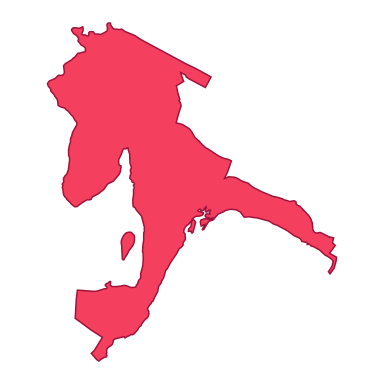 outline of Port Vila, Shefa, Vanuatu
{"feature_id": "77236927B39670792397739", "entity_name": "Port Vila", "entity_type": "district", "adm_level": 2, "iso_a3": "VUT", "parent_name": "Vanuatu", "parent_adm1": "Shefa", "projection": "orthographic", "projection_center": [168.318, -17.732], "detail": "fine", "context": "isolated", "style": "filled", "palette": "rose", "viewbox_px": 384, "rotation_deg": 0, "n_neighbors": 0, "source": "geoboundaries", "source_scale": "gbopen_adm2", "svg_char_len": 5905}
<svg xmlns="http://www.w3.org/2000/svg" viewBox="0 0 384 384"><path d="M113.0,28.3L110.8,25.2L110.4,23.1L108.3,23.0L107.2,24.1L106.9,25.0L107.4,27.5L107.4,30.1L107.1,30.9L105.6,31.9L100.8,34.5L100.0,34.5L98.8,34.0L94.9,34.1L93.3,31.8L90.0,31.6L88.8,32.5L88.8,34.9L88.3,35.9L87.9,36.0L86.8,35.9L85.2,34.9L83.4,35.0L82.3,34.8L81.8,34.3L81.9,33.1L83.0,31.0L83.1,28.1L82.7,26.8L79.4,28.3L75.8,27.8L73.1,27.9L71.6,29.4L71.6,30.4L73.6,33.6L76.3,35.3L77.8,37.0L78.5,38.2L78.5,39.5L78.0,40.8L78.3,41.6L79.4,42.5L80.9,44.8L83.8,46.5L85.2,48.0L85.4,48.8L85.3,51.7L81.4,52.5L80.6,53.1L79.2,53.0L77.8,53.4L74.7,57.2L73.0,58.3L71.7,59.8L65.7,63.4L64.2,64.8L63.6,66.0L64.4,72.2L63.8,73.9L62.8,75.2L61.3,75.4L59.0,75.2L57.8,75.7L56.5,77.3L54.7,78.7L49.4,80.9L47.7,83.1L47.5,84.3L48.6,86.6L50.6,88.9L50.8,91.0L54.6,95.4L54.9,96.4L56.9,98.8L57.7,101.3L58.1,105.5L60.9,107.0L64.9,108.2L66.0,109.6L68.3,111.3L71.0,114.7L72.8,116.3L74.7,119.9L76.1,121.5L77.0,123.2L76.8,124.8L72.5,132.5L71.8,135.6L70.5,138.8L70.5,141.8L69.5,144.9L68.5,150.4L68.7,155.5L69.4,157.2L69.6,159.9L68.4,169.6L66.8,174.1L65.3,175.5L63.6,178.0L63.5,180.3L63.8,181.8L62.3,183.9L62.3,184.5L62.9,185.4L62.4,186.9L62.4,188.0L62.9,189.3L63.6,194.8L65.0,197.0L66.4,198.3L66.9,199.5L70.6,203.0L71.2,204.0L74.8,206.8L76.3,206.7L77.2,206.5L80.4,203.9L85.8,200.4L87.2,199.8L89.2,199.9L91.1,199.4L91.8,197.7L92.7,196.7L98.5,193.7L104.1,189.1L107.7,183.9L113.3,181.2L118.5,175.2L119.8,173.1L120.5,170.7L121.1,166.0L119.4,165.2L118.9,164.2L118.6,161.0L118.9,159.2L121.3,154.3L123.2,149.0L123.6,148.6L125.5,148.9L126.8,148.4L127.3,147.7L128.0,147.8L128.4,150.5L129.6,153.9L130.0,163.2L131.3,167.1L131.3,168.3L130.6,169.2L130.3,170.4L130.6,172.3L131.2,172.8L131.2,173.4L130.2,175.4L129.8,178.4L131.4,180.0L132.3,182.3L133.6,182.3L134.3,183.4L134.3,184.2L133.4,185.1L133.5,185.7L134.2,186.9L134.3,188.1L133.5,189.4L133.6,193.6L132.8,200.2L133.0,205.3L133.3,206.7L135.1,207.6L135.7,209.1L137.0,210.8L141.5,216.1L144.4,227.3L144.2,229.4L144.5,231.0L143.7,232.8L143.7,239.9L142.8,245.9L142.5,251.8L143.1,253.2L143.2,259.5L142.9,265.1L140.7,273.7L140.7,278.1L138.7,280.3L137.6,283.4L137.0,284.6L136.3,285.3L136.1,286.5L135.8,286.8L134.4,287.3L131.9,287.5L130.7,287.4L126.3,285.6L123.6,285.4L120.8,286.1L116.4,286.6L111.9,286.5L110.3,285.1L110.7,281.9L110.6,281.6L109.7,281.5L108.6,282.6L106.1,284.0L105.3,284.7L105.4,285.7L107.0,286.8L107.0,288.0L106.6,288.6L104.7,288.7L97.3,291.0L94.6,291.4L77.4,290.1L76.3,299.1L75.2,318.3L91.2,330.1L102.4,337.3L94.6,350.1L91.3,353.4L96.7,359.6L98.9,361.0L100.8,359.4L103.8,357.6L106.7,356.7L106.9,355.3L106.2,354.2L106.9,352.8L106.6,352.0L106.7,349.2L108.2,347.4L111.9,344.9L112.7,343.6L113.4,340.5L114.4,339.1L123.5,336.7L124.4,336.9L124.6,337.6L125.1,337.9L127.5,336.4L129.7,335.5L130.5,334.6L132.4,334.7L134.2,333.7L137.6,329.9L139.0,327.3L141.0,325.6L141.7,323.9L143.8,321.1L145.3,319.4L147.1,318.0L148.2,316.4L149.0,313.8L148.7,312.7L148.8,311.3L147.6,309.5L147.7,308.1L149.2,305.6L151.3,303.2L151.9,301.7L152.9,301.3L153.3,300.6L154.3,298.0L157.6,291.8L158.7,286.2L161.0,283.2L161.6,281.2L163.7,277.6L165.7,270.5L167.3,268.7L170.3,263.0L176.7,253.5L179.1,248.8L179.7,248.1L180.8,247.8L183.1,245.2L183.0,242.9L185.4,239.4L185.0,233.8L183.7,232.4L184.0,229.5L185.1,227.2L187.4,224.9L188.6,224.4L190.1,222.2L191.2,221.7L192.2,219.4L194.8,216.8L196.1,216.3L199.6,216.1L201.4,215.5L202.4,215.0L203.6,213.3L203.4,212.6L197.9,211.2L197.8,210.7L199.4,209.1L200.2,209.1L200.8,210.4L202.3,210.6L203.2,210.2L206.0,206.7L206.3,207.8L205.2,209.9L205.2,210.9L205.7,211.7L206.8,212.1L208.9,209.9L209.8,209.9L210.5,210.3L210.4,210.9L209.2,212.0L209.3,212.8L210.0,213.6L209.8,214.2L206.7,213.8L206.1,214.0L205.1,215.5L205.2,216.2L205.7,217.0L210.7,218.5L211.7,218.5L215.4,217.2L218.1,214.1L223.9,211.6L225.3,210.5L230.2,209.3L235.0,209.6L237.0,210.2L240.4,212.1L244.2,217.2L249.3,216.8L252.9,217.5L256.9,217.8L269.4,221.2L273.3,223.9L277.4,225.4L287.2,230.6L294.1,235.7L299.3,238.0L300.7,239.2L301.8,241.4L306.8,242.5L307.3,243.0L307.2,244.5L308.1,244.5L308.6,244.0L309.5,244.2L311.2,246.0L313.8,246.8L319.4,249.8L324.8,254.9L328.3,256.8L332.0,259.4L333.0,261.3L333.0,262.5L332.1,265.8L330.6,268.6L328.4,271.7L330.0,273.9L334.2,268.1L336.1,260.9L336.5,257.2L329.5,253.3L335.3,245.4L332.7,243.1L332.7,241.2L333.3,239.7L333.6,237.9L329.2,236.9L320.7,232.6L319.2,232.5L317.4,233.1L315.2,232.7L313.8,231.5L312.7,229.4L312.8,228.1L312.2,222.7L310.7,218.6L308.7,215.6L299.9,206.3L296.8,204.9L296.2,204.0L296.0,202.0L294.7,200.9L293.2,200.9L289.7,201.5L286.7,200.4L284.9,200.1L282.3,198.8L277.5,197.3L273.0,196.4L262.6,192.1L253.7,187.7L250.5,185.4L248.4,183.3L241.4,180.9L238.5,178.9L236.0,177.7L233.5,177.1L228.3,176.8L226.6,177.8L224.5,178.5L227.5,172.1L231.4,160.9L228.6,159.5L223.4,158.2L218.6,156.0L208.2,149.1L205.9,148.0L200.1,142.5L199.5,141.3L197.9,140.2L194.7,137.1L191.9,132.0L189.3,128.7L182.1,124.3L176.1,122.9L178.8,112.9L180.9,106.8L181.0,105.1L180.2,102.3L178.8,100.6L179.8,99.6L177.9,93.1L176.4,85.8L183.7,81.4L182.1,77.3L180.7,72.5L185.6,75.1L186.2,76.9L188.7,78.7L205.3,87.5L208.4,82.0L211.0,76.9L195.7,68.5L185.7,63.7L140.8,39.5L135.0,35.6L125.0,31.5L121.7,29.1L119.2,29.6L117.0,29.1L114.6,29.3L113.0,28.3ZM121.7,246.1L122.3,258.9L123.1,259.9L123.9,259.7L125.0,257.5L126.9,254.8L129.1,250.5L132.9,245.5L133.9,242.9L134.5,240.2L134.5,237.0L134.1,235.3L131.4,232.5L130.5,232.2L128.5,232.2L126.3,232.9L125.1,233.8L123.4,235.9L121.4,240.4L121.2,242.9L121.7,246.1ZM213.7,219.3L209.3,219.4L205.2,218.7L203.4,219.0L200.9,220.1L200.3,221.9L201.1,226.0L202.5,225.7L203.6,224.7L204.9,224.4L204.7,225.2L202.3,229.4L202.6,229.9L203.6,229.6L204.4,228.5L207.5,223.2L208.8,221.5L209.6,221.0L212.4,220.2L213.7,219.3ZM191.0,226.4L188.7,228.9L188.3,231.3L191.0,231.2L191.5,232.7L192.1,233.1L193.1,232.2L195.6,222.4L194.7,220.8L193.2,219.6L192.0,220.8L191.2,222.4L191.3,223.7L191.0,226.4Z" fill="#f43f5e" stroke="#9f1239" stroke-width="1.5"/></svg>